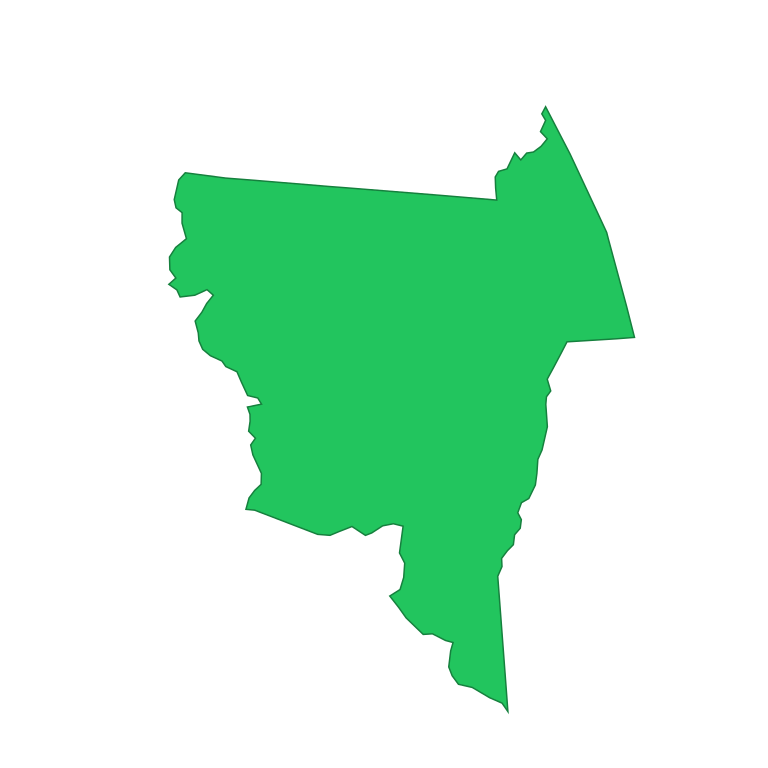 the district of Correntes, Pernambuco, Brazil, rotated 100°
{"feature_id": "56859067B37982637523189", "entity_name": "Correntes", "entity_type": "district", "adm_level": 2, "iso_a3": "BRA", "parent_name": "Brazil", "parent_adm1": "Pernambuco", "projection": "mercator", "projection_center": [-36.322, -9.122], "detail": "fine", "context": "isolated", "style": "filled", "palette": "green", "viewbox_px": 768, "rotation_deg": 100, "n_neighbors": 0, "source": "geoboundaries", "source_scale": "gbopen_adm2", "svg_char_len": 1668}
<svg xmlns="http://www.w3.org/2000/svg" viewBox="0 0 768 768"><g transform="rotate(100 384 384)"><path d="M685.1,205.1L652.0,213.5L553.6,238.6L543.3,236.1L535.3,237.9L526.7,233.5L519.8,228.7L509.8,229.2L502.4,224.8L493.7,225.2L487.6,229.9L477.0,228.0L471.6,221.5L457.2,217.4L445.5,217.9L431.5,219.4L421.5,216.9L397.7,215.7L376.0,221.1L368.4,221.8L361.9,218.6L350.9,224.1L339.0,220.1L323.2,215.0L310.7,211.1L299.0,162.5L294.6,145.4L265.6,158.5L254.9,163.5L202.3,188.2L196.1,191.0L176.9,204.4L125.2,240.7L82.9,273.0L90.6,275.5L96.3,270.6L108.3,273.7L114.2,265.8L122.7,270.6L129.6,277.1L131.8,283.6L139.6,288.2L133.6,295.4L150.8,300.2L154.7,308.1L160.8,310.4L171.6,308.1L183.3,304.9L188.3,360.0L197.5,457.0L199.0,472.1L205.9,546.9L208.7,575.8L210.5,616.4L218.7,621.6L238.8,622.6L246.6,619.4L250.3,612.6L260.7,610.8L275.2,603.8L285.7,612.9L296.2,617.3L308.7,614.7L315.8,607.4L323.2,613.2L327.3,604.3L333.7,599.9L329.4,585.7L321.8,574.7L326.2,567.5L335.5,572.6L344.9,575.8L354.8,580.9L365.9,575.8L373.7,573.7L381.3,568.6L386.3,559.9L389.5,547.6L394.3,542.8L397.5,530.9L406.8,524.8L419.0,516.3L419.7,505.9L425.1,501.1L430.4,514.5L437.2,510.7L443.9,509.4L454.0,509.1L459.7,501.2L467.2,504.7L476.6,500.8L493.3,489.2L504.2,487.6L511.3,492.9L519.6,497.1L531.4,498.2L530.7,489.5L543.6,423.2L542.4,410.9L537.1,402.6L529.9,390.8L536.3,376.0L532.8,370.2L523.9,360.7L520.0,350.5L520.7,340.5L547.7,339.4L556.8,332.5L571.1,331.0L583.6,332.5L591.8,341.5L601.6,330.6L610.5,321.6L623.8,301.9L621.6,292.9L625.9,278.9L626.6,271.1L635.2,272.0L651.4,271.1L659.5,266.2L666.8,258.5L667.5,244.4L674.6,225.5L677.8,212.3L685.1,205.1Z" fill="#22c55e" stroke="#15803d" stroke-width="1.5"/></g></svg>